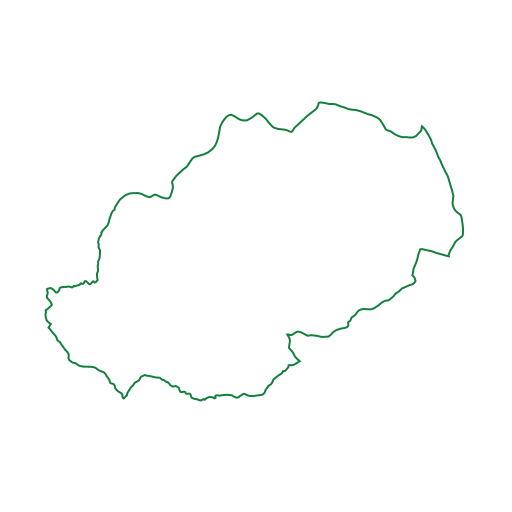 Monguì, Boyacá, Colombia, rotated 280°
{"feature_id": "7082276B75915800684319", "entity_name": "Monguì", "entity_type": "district", "adm_level": 2, "iso_a3": "COL", "parent_name": "Colombia", "parent_adm1": "Boyacá", "projection": "mercator", "projection_center": [-72.845, 5.698], "detail": "fine", "context": "isolated", "style": "outline", "palette": "green", "viewbox_px": 512, "rotation_deg": 280, "n_neighbors": 0, "source": "geoboundaries", "source_scale": "gbopen_adm2", "svg_char_len": 6063}
<svg xmlns="http://www.w3.org/2000/svg" viewBox="0 0 512 512"><g transform="rotate(280 256 256)"><path d="M287.4,111.9L279.9,108.8L278.7,108.6L277.2,108.7L276.6,108.4L276.0,107.6L275.3,107.1L272.3,106.1L265.8,105.2L263.7,105.2L260.3,104.4L254.3,100.5L253.2,100.3L252.5,99.6L252.0,99.6L251.2,100.0L250.1,99.9L249.6,99.8L248.6,99.1L245.7,98.2L241.9,98.1L240.0,99.2L238.0,99.2L237.1,99.5L234.8,101.2L233.5,101.6L227.7,102.3L225.8,102.2L223.1,101.5L220.3,102.0L218.7,101.8L215.5,102.7L213.7,103.0L211.1,102.5L209.3,102.7L207.2,103.3L205.0,104.2L204.7,104.2L203.9,103.5L202.6,102.9L202.2,102.5L201.9,101.4L202.7,100.6L202.8,100.1L202.2,99.5L200.5,98.5L199.6,97.6L199.4,96.9L199.5,96.1L200.4,95.0L201.2,93.5L201.6,93.1L201.6,92.0L201.3,91.7L199.4,91.1L198.5,90.4L198.3,89.5L198.7,88.6L198.6,88.2L198.3,87.9L197.1,87.4L196.6,86.7L195.6,84.3L194.7,82.9L194.9,81.9L194.8,81.6L193.7,81.1L193.3,80.6L193.1,80.1L193.4,78.1L193.2,75.7L192.4,74.0L192.3,72.7L191.2,69.3L190.7,68.6L190.0,68.1L189.1,68.2L187.9,68.1L186.0,67.0L185.4,66.1L185.5,64.9L187.3,62.9L188.6,60.3L188.7,59.1L188.5,58.5L187.3,56.0L185.4,56.4L183.8,57.2L182.7,57.4L182.0,57.3L180.9,56.9L179.0,57.3L178.6,57.5L175.3,61.5L172.7,63.4L171.8,63.1L170.3,62.0L167.1,59.5L166.4,58.6L165.7,58.3L164.2,59.0L162.4,58.7L159.5,59.5L156.8,60.7L155.9,61.5L154.7,63.0L153.4,65.8L149.4,64.1L148.1,65.9L144.8,69.5L142.9,72.1L141.2,73.6L138.7,74.9L138.3,75.3L137.1,77.9L135.0,79.8L130.5,84.4L128.8,86.8L126.9,88.3L126.3,88.7L124.7,89.0L123.8,88.9L123.0,89.0L121.2,90.0L119.4,93.3L119.2,94.0L119.0,97.1L117.6,99.9L117.2,101.1L117.1,102.6L117.1,105.6L118.2,112.1L118.3,115.8L118.0,117.2L116.1,121.2L114.8,126.8L113.9,128.1L111.9,129.7L109.8,131.9L108.1,133.3L105.8,134.4L105.4,135.4L105.3,137.4L104.7,138.7L103.4,139.5L101.3,140.3L100.2,141.5L98.9,143.4L97.5,147.0L96.8,148.1L96.1,148.5L93.7,149.1L93.3,149.5L92.8,150.6L96.6,153.1L99.0,153.1L100.8,154.0L104.8,155.6L107.3,157.4L110.0,158.6L113.1,162.2L114.7,163.0L116.1,163.2L117.1,163.7L119.4,167.0L119.5,167.4L119.2,168.6L119.3,173.0L119.0,177.2L119.1,180.1L119.4,181.5L119.3,182.5L117.8,185.3L118.0,186.2L117.8,187.0L116.8,188.8L116.5,189.7L116.4,190.8L115.4,192.6L114.1,193.7L113.2,195.8L113.0,197.0L114.0,199.4L113.9,200.3L112.9,202.6L112.3,203.3L111.2,203.6L109.6,204.6L108.9,205.5L109.1,206.8L109.9,208.6L109.9,209.5L109.5,210.1L108.8,210.4L108.3,211.2L108.3,212.3L108.8,213.6L108.8,214.8L108.1,215.7L105.9,216.7L105.2,217.5L104.6,220.1L104.7,223.0L104.2,224.4L104.2,226.1L104.4,227.3L105.9,229.0L105.9,229.8L105.5,230.2L105.7,230.7L106.8,231.3L107.5,232.1L108.5,233.5L109.1,234.9L109.3,236.4L109.3,237.7L108.6,239.9L108.9,240.4L109.2,240.8L110.5,240.3L111.2,240.3L111.7,240.9L112.1,241.8L112.1,244.1L112.3,245.0L112.8,246.0L114.2,251.2L114.6,255.6L114.6,256.4L113.7,258.7L113.1,261.1L113.5,262.6L113.9,263.5L114.9,264.0L118.1,267.7L118.2,268.7L117.2,272.3L117.1,274.4L117.4,276.0L117.3,277.0L119.0,281.7L120.0,285.3L120.8,286.7L121.9,287.6L122.9,288.2L125.7,288.7L129.0,290.3L129.7,290.4L130.6,291.1L132.2,293.0L134.9,294.1L136.3,294.5L137.3,294.5L142.0,298.6L144.8,301.7L147.3,302.6L147.6,304.2L148.2,304.8L152.0,307.1L154.0,307.1L154.3,307.7L154.6,310.2L155.2,311.7L157.1,314.2L159.4,316.5L159.9,317.4L160.5,316.7L161.4,315.0L163.5,312.1L167.5,309.0L171.1,304.6L171.5,304.4L172.9,304.3L177.9,304.2L179.1,303.9L180.4,303.4L182.0,302.3L184.1,300.5L184.4,301.7L184.1,302.8L184.2,303.9L184.7,305.3L187.9,308.7L188.5,309.6L188.9,310.8L188.6,314.0L186.5,320.4L186.5,320.9L187.1,322.8L187.5,323.7L187.7,325.2L188.0,330.0L187.7,333.5L187.9,335.7L189.2,341.3L191.2,343.2L193.2,344.4L195.4,346.1L197.1,348.2L198.9,351.4L200.7,356.2L201.5,357.5L202.3,358.4L203.7,359.0L206.2,358.2L207.1,358.5L208.7,360.1L211.8,360.8L212.7,361.4L213.3,362.2L215.4,364.1L217.9,365.2L220.1,366.6L221.2,368.1L222.2,370.2L222.7,371.7L222.9,374.9L223.3,377.9L224.7,381.0L228.3,384.8L231.9,387.9L233.1,389.3L234.4,391.2L235.2,393.7L236.3,395.2L238.4,397.0L240.7,398.7L243.4,400.1L245.9,402.9L248.2,404.6L249.3,405.3L254.3,412.8L255.0,414.4L256.0,415.7L257.2,416.6L258.8,417.5L260.9,416.6L262.6,415.5L264.0,413.4L264.3,413.3L266.8,413.5L270.4,413.3L278.1,415.0L282.2,415.5L285.7,415.6L288.9,416.2L290.3,416.4L291.1,416.6L291.3,417.0L291.6,419.0L291.3,425.9L291.1,429.0L290.7,430.5L290.3,433.6L289.3,443.8L289.2,445.9L290.1,445.6L291.4,445.6L295.2,446.4L299.1,448.1L304.3,449.8L306.1,451.0L311.3,455.6L312.5,456.0L313.8,455.9L317.0,455.5L321.6,454.4L330.1,451.6L331.2,451.0L331.9,450.5L334.2,446.1L335.0,444.9L336.5,443.3L338.2,442.1L341.0,440.7L342.1,440.4L345.8,440.1L349.2,440.0L350.1,439.7L352.0,438.8L354.5,437.8L358.8,435.5L365.2,432.4L368.6,430.5L371.8,427.9L379.2,422.6L381.9,421.0L385.4,418.2L391.6,414.5L396.8,410.3L400.4,408.4L401.8,407.5L405.5,404.5L409.8,400.7L411.5,398.5L412.5,396.9L410.8,396.8L409.5,397.0L407.8,396.7L402.2,393.0L400.3,390.4L399.8,389.2L399.3,386.0L399.2,383.6L398.5,379.8L398.6,377.9L398.9,375.5L400.1,371.4L402.1,367.1L402.8,362.8L403.5,361.5L404.9,360.6L407.8,358.1L411.5,354.6L412.7,352.7L413.6,350.5L414.9,345.2L415.0,342.4L416.7,333.6L417.1,329.4L416.7,323.9L416.9,320.9L417.6,317.2L418.0,313.7L419.2,307.9L419.1,306.0L418.4,301.6L418.6,298.4L418.5,293.1L417.9,291.5L416.9,291.1L414.9,291.0L411.2,289.7L403.0,282.3L392.7,274.5L388.9,271.6L385.7,270.4L384.4,269.3L384.4,267.4L385.1,265.5L385.4,263.1L385.0,255.9L385.2,253.5L385.5,251.6L386.3,249.7L389.7,245.3L392.8,241.8L395.7,237.2L396.9,234.1L396.5,232.4L391.3,227.6L388.0,223.5L387.4,220.3L387.3,218.5L387.8,215.6L390.0,210.1L390.8,207.0L389.6,204.3L387.7,202.6L384.3,200.7L381.4,199.4L377.1,198.2L373.0,198.3L365.5,198.1L360.6,197.4L356.9,196.3L353.3,194.1L349.6,190.7L346.9,186.8L343.0,178.4L341.0,176.4L331.8,172.3L328.9,169.5L322.2,164.4L320.0,163.0L315.1,160.6L313.2,160.7L312.0,161.5L310.1,162.1L307.9,162.3L303.8,161.9L299.5,161.2L297.7,159.9L297.1,157.9L297.2,154.4L297.6,151.7L298.6,148.4L298.9,146.1L298.7,145.1L296.3,142.5L295.4,140.7L295.5,139.1L296.4,135.4L297.2,132.9L297.5,128.9L296.4,123.3L295.5,120.4L293.3,117.0L289.6,113.5L287.4,111.9Z" fill="none" stroke="#15803d" stroke-width="2"/></g></svg>